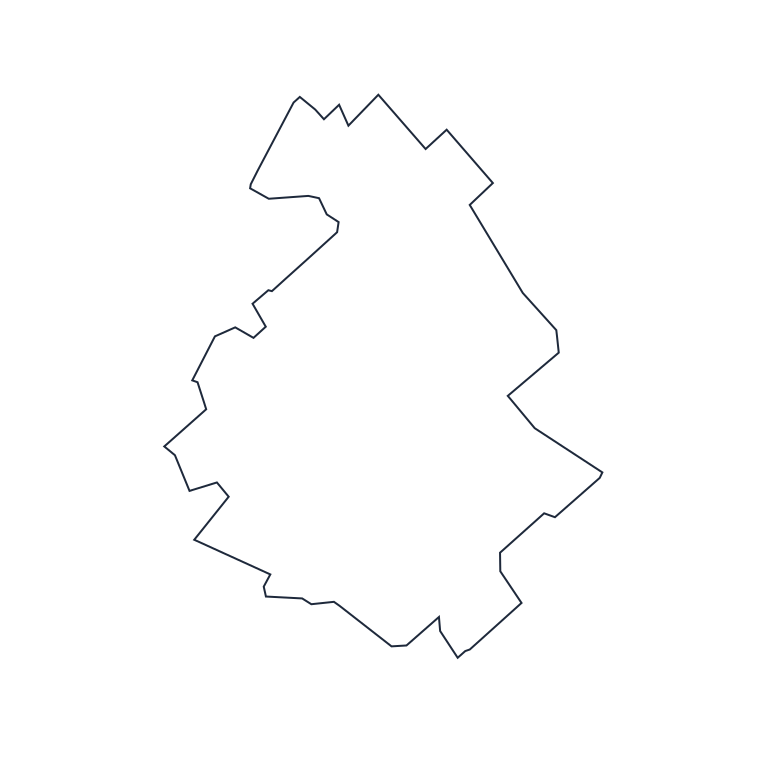 Kennebec, Maine, United States of America, rotated 307°
{"feature_id": "52423323B98576109214460", "entity_name": "Kennebec", "entity_type": "district", "adm_level": 2, "iso_a3": "USA", "parent_name": "United States of America", "parent_adm1": "Maine", "projection": "robinson", "projection_center": [-69.775, 44.414], "detail": "fine", "context": "isolated", "style": "outline", "palette": "slate", "viewbox_px": 768, "rotation_deg": 307, "n_neighbors": 0, "source": "geoboundaries", "source_scale": "gbopen_adm2", "svg_char_len": 994}
<svg xmlns="http://www.w3.org/2000/svg" viewBox="0 0 768 768"><g transform="rotate(307 384 384)"><path d="M271.5,228.7L273.2,234.0L261.1,251.2L256.8,257.2L201.9,246.1L201.3,259.9L181.6,293.0L204.8,309.8L200.5,327.8L145.4,326.2L163.5,407.8L149.8,409.9L143.2,417.6L163.5,447.7L164.4,458.5L179.9,475.1L180.1,481.7L179.0,547.9L188.7,559.3L231.0,568.1L220.5,577.5L209.7,607.6L219.6,609.6L223.6,612.3L291.9,625.6L304.4,589.6L319.1,578.2L375.0,589.3L377.1,589.7L380.5,600.7L438.9,612.8L444.8,611.6L439.4,531.0L448.2,493.6L449.0,490.0L514.2,504.7L526.4,493.3L530.7,489.2L540.2,440.1L578.6,344.7L610.0,350.0L624.8,281.0L596.7,275.8L611.6,205.4L568.9,200.1L580.0,180.1L559.3,176.7L561.8,163.9L562.6,144.0L554.4,142.4L478.3,154.7L463.3,157.4L459.7,159.3L462.6,180.5L488.7,210.4L493.3,220.3L485.0,236.2L486.0,250.3L477.0,255.2L439.2,248.0L409.5,242.2L390.7,238.6L389.3,235.2L369.0,230.7L358.6,255.1L342.3,252.0L339.7,231.1L320.3,220.3L271.5,228.7Z" fill="none" stroke="#1e293b" stroke-width="2"/></g></svg>